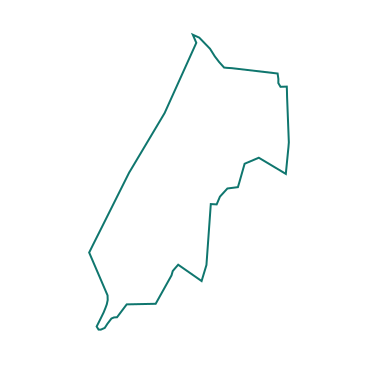 outline of Cerro Corá, Rio Grande do Norte, Brazil, rotated 192°
{"feature_id": "56859067B25241393300529", "entity_name": "Cerro Corá", "entity_type": "district", "adm_level": 2, "iso_a3": "BRA", "parent_name": "Brazil", "parent_adm1": "Rio Grande do Norte", "projection": "equal_earth", "projection_center": [-36.335, -5.976], "detail": "fine", "context": "isolated", "style": "outline", "palette": "teal", "viewbox_px": 384, "rotation_deg": 192, "n_neighbors": 0, "source": "geoboundaries", "source_scale": "gbopen_adm2", "svg_char_len": 858}
<svg xmlns="http://www.w3.org/2000/svg" viewBox="0 0 384 384"><g transform="rotate(192 192 192)"><path d="M107.6,260.7L118.8,304.9L120.0,310.0L121.2,314.8L127.3,313.3L130.2,316.5L131.0,320.5L132.9,325.7L178.9,321.4L183.6,320.7L186.5,320.4L192.4,324.7L197.9,329.4L204.1,335.8L217.0,344.5L223.9,346.0L218.8,338.8L235.2,263.5L255.9,202.6L257.5,198.0L273.3,137.2L277.8,120.0L280.0,111.4L253.1,73.3L252.0,68.8L252.0,64.4L252.6,60.3L253.4,55.8L255.0,49.4L257.3,40.6L254.8,38.0L252.6,38.4L249.1,40.9L247.3,45.6L244.5,51.5L242.2,53.1L239.3,53.9L232.5,68.5L204.3,75.1L194.7,106.2L194.4,110.7L192.9,113.5L190.4,118.0L164.1,106.9L162.7,123.6L171.1,184.1L165.3,185.0L163.7,193.3L160.7,198.4L158.1,202.8L148.1,206.3L147.7,211.4L147.5,214.4L146.4,230.6L133.8,239.4L120.0,234.7L104.0,229.2L107.0,256.1L107.6,260.7Z" fill="none" stroke="#0f766e" stroke-width="2"/></g></svg>